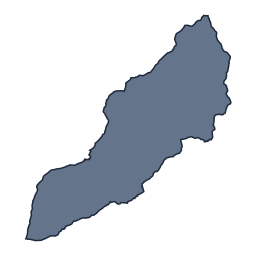 outline of Farcasa, Neamt, Romania
{"feature_id": "2599482B98026704689851", "entity_name": "Farcasa", "entity_type": "district", "adm_level": 2, "iso_a3": "ROU", "parent_name": "Romania", "parent_adm1": "Neamt", "projection": "orthographic", "projection_center": [25.834, 47.18], "detail": "fine", "context": "isolated", "style": "filled", "palette": "slate", "viewbox_px": 256, "rotation_deg": 0, "n_neighbors": 0, "source": "geoboundaries", "source_scale": "gbopen_adm2", "svg_char_len": 5822}
<svg xmlns="http://www.w3.org/2000/svg" viewBox="0 0 256 256"><path d="M230.5,103.8L230.8,102.6L230.7,101.5L229.9,99.7L229.6,98.8L229.0,97.8L227.4,96.5L227.1,96.1L226.9,95.0L226.1,93.8L226.3,93.0L227.2,91.8L227.6,91.2L227.7,90.6L227.3,89.1L226.7,87.6L226.6,86.3L226.5,85.9L225.3,84.7L223.9,84.1L223.8,82.2L224.0,81.1L225.9,78.7L226.4,77.3L226.5,75.4L226.4,73.3L226.4,73.0L227.3,71.9L227.9,70.7L227.9,69.3L228.2,68.6L228.4,67.0L228.8,66.0L228.7,65.0L228.8,64.3L229.2,63.4L229.0,61.8L229.0,61.3L230.1,58.5L230.3,56.6L229.8,55.8L227.2,52.7L226.5,52.2L223.9,51.2L223.6,50.9L222.7,49.1L222.1,48.3L221.9,46.9L221.7,46.5L220.9,43.8L219.7,42.9L219.1,41.9L217.8,40.5L217.5,39.9L216.6,37.5L216.3,36.2L216.4,34.6L216.7,33.5L216.6,32.6L216.1,31.8L215.3,31.3L212.9,27.8L211.4,26.6L211.1,26.0L210.7,23.1L210.0,21.3L209.7,20.9L209.3,19.3L208.7,18.3L208.6,17.7L208.1,16.8L208.0,15.7L204.8,15.7L203.7,15.4L203.1,16.3L201.7,17.4L201.3,19.2L200.9,20.0L200.0,20.4L198.3,20.5L197.3,21.0L195.6,22.4L195.6,23.0L195.1,23.6L192.1,26.3L188.1,25.5L187.3,25.2L184.7,25.5L183.7,27.6L181.0,30.7L179.4,31.9L177.5,32.9L176.0,34.2L175.9,35.1L175.2,36.9L174.7,39.2L175.1,40.6L175.5,41.3L175.8,42.6L176.3,43.8L176.3,44.8L175.5,45.8L174.7,46.3L174.2,47.1L173.7,48.6L172.9,49.6L172.7,50.5L171.4,51.4L170.6,51.7L169.8,52.3L167.5,53.0L163.4,56.7L162.7,57.7L162.0,58.1L161.6,58.6L159.3,60.7L157.8,63.5L157.1,64.1L156.3,64.5L155.3,65.4L153.9,68.0L150.3,72.5L148.1,72.7L148.0,73.0L146.9,73.7L142.9,75.8L141.2,75.4L139.6,75.3L138.3,75.9L137.8,76.8L137.4,77.1L135.8,77.0L135.0,77.6L134.6,77.8L132.0,77.7L130.8,77.9L130.8,78.7L130.6,79.0L129.6,80.3L127.1,82.0L125.8,83.2L125.7,83.6L125.9,84.4L125.9,85.8L125.5,87.4L124.2,91.4L123.5,91.0L122.2,90.8L116.9,90.9L115.5,91.4L114.8,91.3L113.8,91.9L112.5,93.2L110.9,94.2L110.5,94.7L109.8,95.2L108.9,96.2L107.9,99.2L107.6,99.5L106.8,99.7L106.6,100.1L106.3,101.2L106.3,102.4L105.9,103.0L105.8,103.5L106.0,104.9L105.9,105.4L105.4,106.6L104.6,106.9L104.3,107.3L103.2,111.3L103.6,112.3L104.3,113.0L105.1,114.1L105.6,115.6L106.5,116.7L106.6,117.4L107.3,118.7L107.9,119.2L108.5,120.3L108.6,120.8L108.3,122.4L107.7,124.0L107.0,125.0L106.8,125.7L106.3,126.3L105.4,130.0L104.9,131.2L104.7,132.9L104.6,133.4L104.1,133.8L102.6,134.6L102.4,135.0L102.0,136.5L100.6,137.8L99.9,138.9L97.0,141.8L96.7,142.4L95.2,143.1L95.0,145.7L94.1,147.0L92.4,148.7L89.7,150.3L90.8,151.2L91.0,151.5L89.8,153.2L89.5,154.1L88.9,154.8L89.9,155.7L90.8,156.3L89.8,158.6L89.3,158.4L89.1,158.9L89.6,159.0L89.5,159.5L86.8,159.5L84.8,159.1L84.5,159.5L84.8,159.8L85.1,160.4L84.7,160.4L84.4,160.8L83.0,161.3L82.5,162.1L81.8,162.5L80.7,162.5L79.5,163.2L77.4,163.8L75.5,165.1L73.1,165.2L69.9,164.9L67.4,166.1L66.2,166.2L64.9,167.2L62.3,167.8L61.3,168.3L56.3,169.0L54.2,169.6L51.2,170.1L50.4,170.6L47.6,173.2L45.8,174.4L44.1,175.7L43.5,176.4L42.9,177.9L42.7,179.6L39.2,182.8L37.0,185.5L36.7,186.2L36.9,186.9L36.8,187.6L37.2,188.2L37.4,188.7L37.5,189.5L37.4,190.2L37.1,191.6L36.7,192.4L36.2,193.0L35.7,194.1L35.4,194.5L35.2,195.4L34.6,196.4L34.3,198.1L32.8,201.0L32.8,202.5L32.1,205.2L32.1,206.5L32.4,208.2L32.3,209.1L31.6,210.6L31.0,212.3L31.0,212.6L31.3,213.1L31.3,215.6L29.7,221.1L29.8,222.7L30.0,223.3L29.9,223.8L29.6,224.5L28.8,225.6L28.8,226.6L28.1,227.8L28.1,228.7L27.6,230.4L27.7,232.5L27.3,234.0L27.2,234.9L26.5,236.8L26.4,237.8L25.7,238.9L25.2,239.2L26.9,238.7L27.7,239.2L30.4,239.2L31.3,239.7L34.3,240.2L34.9,240.6L41.1,240.3L42.0,240.0L43.3,239.3L45.9,238.4L47.0,237.7L50.6,235.9L53.5,235.9L55.1,236.0L56.0,235.8L56.6,235.3L57.5,235.0L58.2,234.4L58.6,233.7L58.7,233.0L59.3,231.9L60.0,231.5L60.7,231.4L60.9,230.9L61.4,230.4L62.0,229.1L62.6,228.9L63.4,229.3L63.6,229.1L64.3,229.0L64.9,227.9L65.2,227.8L65.4,227.5L65.7,226.6L66.2,226.1L66.9,225.8L68.0,225.6L69.4,225.1L71.8,223.9L72.1,223.5L72.2,223.1L72.8,222.2L73.8,221.3L74.3,221.0L75.6,221.1L82.1,218.1L83.2,217.9L86.0,218.1L86.7,217.8L89.0,217.5L90.5,216.5L91.9,215.1L92.9,215.2L94.0,215.1L95.5,213.9L96.7,213.2L97.4,212.1L100.2,209.7L102.6,208.3L103.1,207.4L104.9,206.3L105.4,206.2L106.3,205.5L106.5,205.1L106.8,204.9L107.9,205.0L109.7,203.0L110.4,201.7L111.2,202.4L114.3,201.5L115.7,202.3L115.8,202.2L117.0,203.6L118.1,204.0L119.9,203.9L121.1,202.8L121.8,202.6L127.5,203.1L127.9,201.6L131.3,200.4L132.3,199.7L133.5,198.2L134.8,198.5L135.0,198.1L135.3,197.3L135.7,197.2L136.1,196.6L137.5,196.1L137.4,195.0L138.6,194.7L141.8,192.9L143.8,191.6L142.9,188.1L142.1,187.3L142.5,187.0L142.5,186.9L142.1,186.2L142.3,185.6L142.0,184.5L142.0,184.0L142.2,183.8L142.7,183.3L143.2,183.0L143.7,182.2L145.5,181.1L146.3,180.3L149.3,179.0L149.9,178.5L150.8,177.4L152.7,175.9L152.9,175.6L152.9,175.0L153.4,173.6L153.9,172.8L154.9,171.8L155.4,171.5L156.5,171.6L157.2,171.4L158.4,170.2L160.3,167.0L160.8,165.4L162.0,164.3L162.6,163.3L164.1,160.1L165.1,159.4L166.5,157.9L169.2,157.2L170.1,157.1L171.6,156.6L173.3,156.7L173.7,155.9L174.5,155.2L177.3,153.7L179.3,153.4L179.6,153.0L181.2,150.7L181.5,150.1L181.2,148.5L181.7,147.8L182.1,146.7L182.1,145.4L181.1,142.0L180.7,139.7L183.8,139.0L185.1,138.8L186.4,138.4L188.7,137.2L191.3,136.7L192.4,137.2L193.1,137.3L194.0,138.0L194.6,138.2L195.7,138.2L197.3,137.7L198.3,137.8L199.9,138.5L200.9,139.4L202.8,139.7L203.5,140.0L204.5,141.2L204.6,141.4L204.4,141.7L204.4,141.8L204.8,141.8L205.0,141.5L205.7,141.7L206.1,141.4L206.4,140.9L206.6,141.0L206.8,141.2L207.2,141.3L207.3,141.0L207.9,141.2L209.6,139.6L209.8,139.3L211.0,139.9L212.6,137.5L212.5,134.9L212.1,132.5L212.3,131.5L213.3,130.3L214.4,129.6L214.8,129.5L214.9,129.2L214.6,128.5L214.5,127.9L214.5,127.2L214.3,126.8L213.1,125.2L213.5,124.6L214.0,121.4L214.2,117.9L214.4,116.8L214.4,116.3L215.0,115.8L215.4,115.2L216.2,114.8L219.3,114.2L220.9,114.7L222.4,114.8L223.0,114.5L223.7,113.7L224.8,113.5L225.3,112.5L225.9,109.9L227.6,105.3L228.7,104.6L230.2,103.8L230.5,103.8Z" fill="#64748b" stroke="#1e293b" stroke-width="1.5"/></svg>